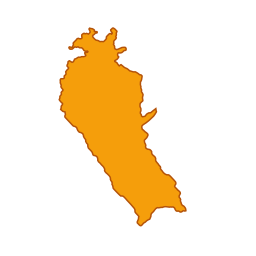 Zefat, HaZafon, Israel (Natural Earth projection), rotated 137°
{"feature_id": "584046B13386645158990", "entity_name": "Zefat", "entity_type": "district", "adm_level": 2, "iso_a3": "ISR", "parent_name": "Israel", "parent_adm1": "HaZafon", "projection": "natural_earth1", "projection_center": [35.521, 33.074], "detail": "fine", "context": "isolated", "style": "filled", "palette": "amber", "viewbox_px": 256, "rotation_deg": 137, "n_neighbors": 0, "source": "geoboundaries", "source_scale": "gbopen_adm2", "svg_char_len": 5867}
<svg xmlns="http://www.w3.org/2000/svg" viewBox="0 0 256 256"><g transform="rotate(137 128 128)"><path d="M164.6,187.5L164.3,184.6L163.1,182.6L163.7,181.9L164.5,180.6L165.2,180.2L166.1,179.8L166.7,178.8L166.7,176.7L166.7,167.1L166.3,166.0L165.6,165.1L165.3,163.3L166.0,161.6L166.4,160.5L166.5,159.3L166.5,158.3L166.0,157.4L165.4,156.4L165.0,154.7L165.6,153.0L166.3,152.1L166.8,150.1L166.9,148.4L168.1,147.0L168.6,145.1L168.6,143.5L170.0,141.8L170.7,140.2L170.6,137.6L170.6,136.2L170.8,134.5L171.5,133.1L171.9,132.0L171.6,131.0L170.8,130.1L170.4,128.8L170.4,127.5L171.2,126.0L172.2,124.9L172.6,123.4L172.4,121.6L172.5,119.0L172.4,117.2L172.5,115.8L173.1,113.8L174.1,112.9L174.5,111.9L174.6,110.0L174.4,108.7L174.3,105.9L174.6,104.2L175.2,103.1L175.8,102.6L176.3,101.4L176.6,99.5L177.2,98.5L178.2,97.6L178.4,96.6L178.9,95.6L179.9,94.1L180.0,92.9L180.0,90.4L179.9,86.3L179.8,84.4L179.6,83.1L178.6,82.3L178.0,81.1L177.9,78.3L178.0,75.9L178.0,70.5L178.2,65.1L178.6,63.6L180.1,61.8L180.3,60.5L180.3,57.4L180.4,55.9L181.1,55.5L182.6,54.2L183.8,53.7L185.2,53.1L185.9,52.3L185.9,51.4L185.9,49.5L185.7,48.4L185.2,47.7L183.7,47.5L181.8,47.8L180.8,47.7L179.7,47.4L177.3,47.4L175.2,46.9L174.4,46.5L172.7,47.2L171.5,47.8L170.8,48.5L169.7,49.3L168.5,49.5L166.2,49.5L165.0,49.8L162.7,50.1L160.9,49.8L160.4,49.1L159.1,48.1L158.6,47.8L157.9,47.4L157.2,46.6L155.4,45.8L154.3,45.0L153.4,44.0L151.7,41.9L150.8,41.3L149.8,40.2L148.9,39.6L148.5,38.1L148.7,37.0L149.1,36.2L149.3,34.8L148.9,33.7L147.9,33.1L147.4,32.1L147.2,31.1L146.6,30.4L145.4,30.0L144.2,29.9L143.4,29.1L143.1,28.5L142.1,28.0L141.5,28.8L140.9,29.7L140.6,30.8L140.5,31.9L140.5,33.0L141.0,34.2L140.8,35.9L140.3,36.7L140.0,37.6L139.3,39.1L138.4,39.7L137.9,40.8L137.8,42.4L137.0,43.4L135.4,44.0L134.4,44.4L133.7,45.5L133.7,48.1L134.0,48.7L133.8,50.7L134.0,52.3L133.6,53.6L132.6,54.1L131.3,54.4L130.5,55.1L130.0,56.2L129.9,58.6L129.9,61.0L129.9,63.8L130.1,65.6L130.5,66.3L131.6,67.4L132.2,68.7L132.4,69.9L132.6,71.2L132.3,73.4L132.2,75.4L131.9,76.3L131.2,76.8L130.7,77.7L130.7,79.6L130.4,81.5L130.4,82.7L130.3,83.8L130.1,85.1L129.4,86.0L128.5,86.9L128.0,88.5L128.1,89.8L128.3,91.4L128.2,92.6L127.7,93.7L126.9,94.4L126.6,95.6L126.7,97.1L127.3,98.2L128.2,99.2L128.6,101.2L127.9,102.4L126.8,103.2L126.2,104.4L126.0,105.5L125.4,106.6L124.7,107.6L124.3,107.9L121.0,108.1L119.7,108.5L118.2,109.2L117.7,110.0L117.7,111.7L118.1,113.6L118.2,116.2L118.5,117.2L117.4,119.2L116.4,120.0L114.9,120.1L112.9,119.8L111.4,119.5L107.8,119.2L101.3,119.2L98.8,119.7L98.1,119.9L96.7,120.3L96.1,120.5L95.5,121.7L94.8,122.6L94.4,123.2L97.6,123.5L100.8,123.7L101.5,124.1L102.5,124.9L103.3,125.1L104.6,125.4L105.7,125.3L107.5,125.0L108.3,125.4L109.8,126.4L109.9,127.7L109.3,128.5L108.9,130.4L108.0,131.3L107.1,131.6L106.4,132.2L105.3,133.5L104.9,134.7L104.5,135.7L103.2,137.0L102.3,137.7L100.1,137.8L98.6,137.8L97.8,138.8L97.0,140.0L96.3,140.7L94.9,141.6L94.2,142.2L93.7,143.6L93.5,145.0L93.0,145.9L92.2,146.4L91.8,147.2L91.5,148.2L90.9,149.0L90.3,149.5L90.0,150.2L89.2,151.5L88.2,152.4L87.5,153.2L86.3,153.5L85.1,154.1L84.3,154.7L83.5,155.4L82.8,155.8L82.1,156.8L82.3,158.0L83.2,159.1L83.3,160.4L83.7,162.1L84.3,164.0L85.9,165.5L86.6,166.7L87.8,168.8L87.9,170.4L88.3,172.4L88.9,173.5L89.4,175.2L89.6,177.0L89.9,179.1L90.6,179.3L92.0,179.4L92.1,180.1L91.9,181.8L91.6,183.2L91.9,184.6L92.3,185.6L91.9,186.2L91.5,186.2L89.2,185.7L87.6,185.9L86.3,186.3L86.3,187.7L85.6,188.8L84.5,189.5L83.7,189.5L83.2,189.0L82.7,188.3L81.2,187.4L80.1,187.3L78.7,187.3L77.8,187.2L77.3,186.7L76.3,186.4L75.4,187.1L74.9,188.5L75.7,189.6L77.5,191.0L81.8,192.5L82.9,193.2L83.5,194.6L83.3,195.6L82.5,196.3L82.0,197.2L81.8,198.1L81.5,199.2L80.5,199.6L80.0,200.5L79.2,201.2L78.0,201.4L76.1,201.5L75.1,201.9L74.6,203.2L73.1,203.9L72.4,204.7L71.8,205.5L71.1,205.7L70.1,206.3L70.1,207.6L70.1,209.2L70.5,211.0L71.2,211.6L71.6,211.6L73.7,211.6L74.0,211.3L74.3,210.6L74.5,209.4L74.7,208.3L75.2,207.9L76.0,207.9L76.3,208.9L77.0,209.5L78.1,209.7L79.5,209.6L81.4,209.5L82.2,208.9L82.6,208.3L83.9,207.9L86.3,207.8L87.2,208.0L88.1,209.1L89.0,209.8L89.7,210.5L89.9,211.4L90.2,212.2L90.7,213.1L91.3,213.8L91.6,214.8L91.7,215.6L91.7,217.5L91.6,218.6L91.1,219.4L90.3,219.7L88.8,219.5L88.1,219.6L86.7,219.5L86.1,218.8L85.5,218.8L85.0,219.6L85.9,220.6L86.5,221.0L86.7,221.6L85.9,222.4L85.8,223.1L86.2,224.5L86.6,225.3L87.5,226.2L87.8,227.1L88.6,227.2L89.3,226.5L89.5,225.4L90.0,224.3L90.6,223.8L91.8,223.6L92.9,223.7L93.3,224.6L93.7,225.4L94.7,225.9L95.3,226.4L95.4,227.0L96.1,227.5L96.7,227.6L98.1,227.7L99.1,226.9L99.6,226.0L99.9,225.6L100.8,225.1L101.7,225.5L102.5,226.2L103.1,227.4L104.2,228.0L106.4,227.7L108.2,227.7L110.1,227.5L110.6,227.0L111.3,226.0L112.3,225.7L113.0,225.2L113.8,225.1L114.8,226.2L115.3,227.1L115.9,227.3L116.5,227.0L116.8,225.7L116.1,224.6L114.8,223.7L112.6,223.7L111.5,223.5L110.5,222.0L109.6,221.7L109.1,221.3L108.8,219.9L108.1,219.1L107.2,218.3L107.0,216.8L107.3,214.7L107.0,213.5L106.3,212.7L105.2,211.9L105.3,211.1L106.1,211.0L107.3,211.9L108.2,212.5L108.5,212.3L109.0,211.5L109.1,210.9L109.2,210.0L109.8,209.7L110.7,209.8L112.1,210.6L112.8,211.4L113.4,211.9L114.4,212.2L115.1,212.7L115.9,213.6L116.6,213.8L118.3,214.1L119.1,214.3L119.8,214.7L120.2,214.8L121.0,214.3L122.3,213.9L123.4,213.8L124.2,214.3L124.6,215.8L124.8,216.6L125.1,217.2L126.5,217.4L127.4,216.7L128.0,216.1L129.3,215.7L130.3,215.0L130.4,213.5L130.5,212.5L131.1,212.1L133.4,212.0L135.2,211.6L136.2,210.1L136.9,209.6L139.3,209.5L140.0,208.5L140.9,208.0L142.0,208.4L142.9,209.3L143.8,209.8L144.6,209.5L145.5,208.6L146.0,207.8L146.7,207.3L147.2,206.1L147.5,205.1L148.2,204.4L148.9,203.9L149.2,203.1L149.3,201.9L149.4,200.5L150.2,199.8L151.4,199.8L152.6,199.6L153.7,198.1L154.8,197.8L155.9,197.7L156.6,197.3L157.2,196.5L159.0,195.6L159.2,194.4L159.3,192.0L159.1,190.7L159.7,190.0L160.8,189.7L161.9,189.5L163.4,188.1L164.2,187.7L164.6,187.5Z" fill="#f59e0b" stroke="#b45309" stroke-width="1.5"/></g></svg>